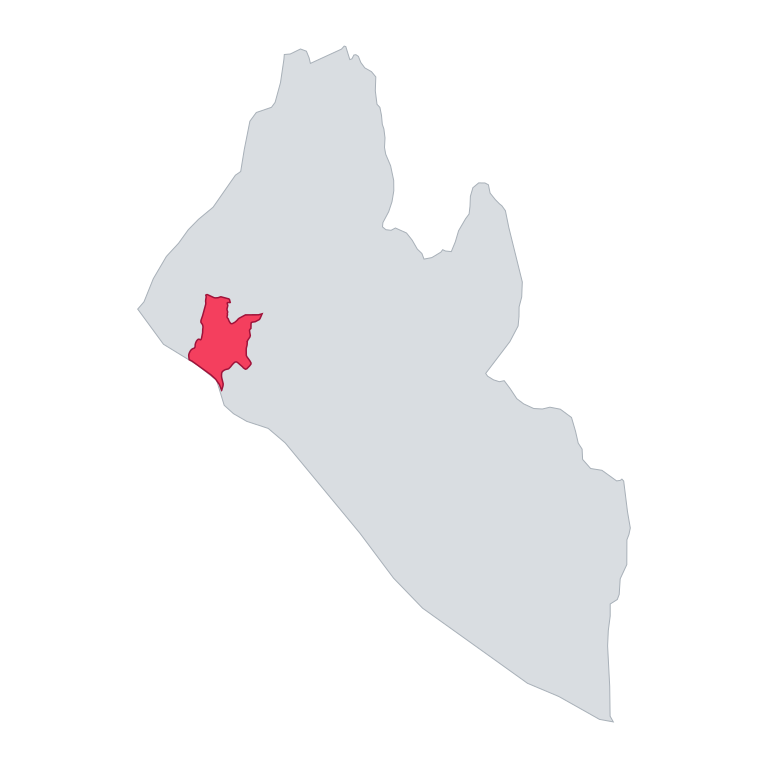 location of Bomi within Liberia
{"feature_id": "LBR-783", "entity_name": "Bomi", "entity_type": "County", "adm_level": 1, "iso_a3": "LBR", "parent_name": "Liberia", "parent_adm1": "", "projection": "equal_earth", "projection_center": [-10.785, 6.699], "detail": "fine", "context": "in_parent", "style": "filled", "palette": "rose", "viewbox_px": 768, "rotation_deg": 0, "n_neighbors": 0, "source": "natural_earth", "source_scale": "10m", "svg_char_len": 3809}
<svg xmlns="http://www.w3.org/2000/svg" viewBox="0 0 768 768"><path d="M137.7,309.1L144.0,301.8L153.3,278.7L166.4,256.4L178.6,243.2L188.3,229.7L198.5,219.3L213.1,207.2L235.4,175.2L240.7,171.5L244.3,149.4L249.9,121.2L256.3,112.5L271.5,107.3L275.1,102.4L280.5,82.6L283.9,59.5L284.3,54.5L290.2,54.0L300.5,49.0L306.4,51.2L309.1,57.9L310.4,63.4L341.5,49.1L344.2,46.1L345.8,46.6L349.8,59.6L352.0,58.8L353.9,55.0L355.9,54.7L358.4,56.4L360.8,62.5L364.8,67.9L371.5,71.7L375.8,76.9L375.3,90.8L377.0,104.3L379.9,107.4L381.5,115.5L382.3,124.3L383.9,129.0L385.0,137.9L384.5,147.5L385.7,154.2L390.6,165.8L393.7,180.5L393.8,190.8L392.0,201.7L388.7,211.7L382.9,222.6L382.5,226.9L385.9,229.7L391.1,230.3L395.4,228.0L406.5,233.0L412.2,240.2L417.3,249.1L421.9,253.5L424.0,259.1L431.8,257.6L440.8,252.2L442.7,249.7L445.4,251.0L451.3,251.6L455.3,241.9L458.6,230.7L465.6,218.7L469.1,214.0L470.0,206.3L470.4,196.3L472.9,187.7L478.7,182.9L485.0,183.0L488.4,184.8L490.1,193.1L495.2,199.5L499.5,203.9L501.8,205.7L505.4,210.7L508.8,227.5L522.3,282.0L521.7,297.0L519.1,306.9L519.0,316.5L518.1,326.0L509.9,341.6L485.7,373.4L487.6,376.2L493.4,379.8L499.3,381.7L504.2,380.7L510.2,388.7L516.8,398.7L523.7,403.9L533.7,408.5L542.4,409.0L549.9,407.2L560.3,409.2L571.5,417.5L575.5,431.2L578.2,443.1L582.1,449.1L582.6,459.4L590.6,468.5L601.9,470.3L616.6,480.9L620.3,480.4L621.9,479.1L623.7,481.1L627.5,511.8L630.3,528.0L628.9,534.6L626.9,539.8L626.8,564.6L620.2,578.8L619.2,594.4L617.3,599.5L610.2,604.0L610.2,616.0L608.3,630.5L607.6,645.9L609.7,686.2L610.1,716.2L613.3,721.9L599.5,719.4L558.8,696.5L527.5,683.3L422.6,608.2L393.5,578.1L359.9,533.2L285.2,442.9L268.2,428.4L246.8,421.4L233.5,413.7L224.2,405.3L216.6,380.3L197.9,365.4L163.5,344.3L137.7,309.1Z" fill="#d9dde1" stroke="#a8b0b8" stroke-width="1"/><path d="M221.6,390.4L219.5,384.7L215.6,379.1L210.9,374.8L192.0,361.1L189.2,359.7L188.9,357.8L188.7,355.7L188.8,354.5L189.2,353.2L190.1,351.3L190.8,350.3L191.4,349.6L191.9,349.2L193.1,348.5L194.3,348.1L194.8,347.5L195.1,346.5L195.2,344.5L195.6,343.0L196.4,341.2L197.0,340.4L197.6,339.8L198.0,339.4L198.5,339.2L198.9,339.2L199.4,339.3L200.4,339.8L200.9,339.6L201.1,339.3L201.3,338.9L201.6,337.8L202.6,332.8L202.7,329.6L203.0,327.0L202.7,325.2L202.3,324.3L201.0,322.5L200.9,321.5L201.0,320.3L202.6,315.7L205.7,304.3L205.8,303.0L205.6,301.3L205.7,299.9L206.2,296.8L205.8,295.1L206.7,294.6L207.4,294.6L214.1,297.7L215.5,297.9L218.1,297.7L220.3,296.9L220.9,296.8L221.4,296.9L228.9,298.9L229.6,299.8L229.8,300.4L229.7,301.1L229.9,301.5L230.1,301.8L230.3,302.2L230.2,302.5L229.8,302.6L228.0,302.6L227.5,302.6L227.3,302.9L227.2,303.3L227.3,303.8L227.5,304.5L227.7,305.0L227.8,305.5L227.7,305.9L227.5,307.0L227.3,307.6L227.2,308.2L227.0,308.7L227.0,309.1L227.0,309.6L227.3,310.7L227.5,311.3L227.7,311.9L227.6,312.6L227.4,313.1L227.3,313.7L227.5,314.8L227.4,315.3L227.1,316.2L227.1,316.7L227.2,317.6L228.1,318.7L228.4,319.1L228.5,319.7L228.8,320.4L229.2,321.3L230.0,322.6L230.9,323.6L231.6,323.7L232.6,323.5L234.8,322.3L236.0,321.3L237.0,320.4L238.2,319.0L239.2,318.2L245.4,314.9L258.6,314.8L262.1,313.8L260.2,318.2L259.4,319.5L257.7,320.4L255.3,321.7L252.0,322.2L251.2,322.8L251.0,324.3L251.0,326.5L250.9,328.5L249.9,329.4L249.5,330.2L249.7,332.1L250.3,335.5L249.9,337.0L247.8,340.2L247.1,341.6L247.3,341.7L247.1,344.8L246.9,345.8L246.5,347.3L246.3,348.2L246.2,350.0L246.3,355.4L246.8,356.6L249.9,360.9L251.0,362.9L251.0,364.0L249.6,365.9L246.8,368.8L245.4,369.2L243.4,367.9L243.0,367.4L242.6,366.9L237.8,362.7L236.7,362.0L236.1,361.9L235.4,362.0L234.5,362.4L233.5,363.4L232.4,364.5L230.5,366.9L228.7,368.7L228.3,368.9L225.4,369.6L224.0,370.3L222.7,371.3L222.0,372.2L221.7,373.0L221.6,374.0L221.5,375.6L221.6,376.9L221.8,378.1L222.9,382.6L223.2,383.9L223.0,385.9L221.7,390.3L221.6,390.4Z" fill="#f43f5e" stroke="#9f1239" stroke-width="1.5"/></svg>